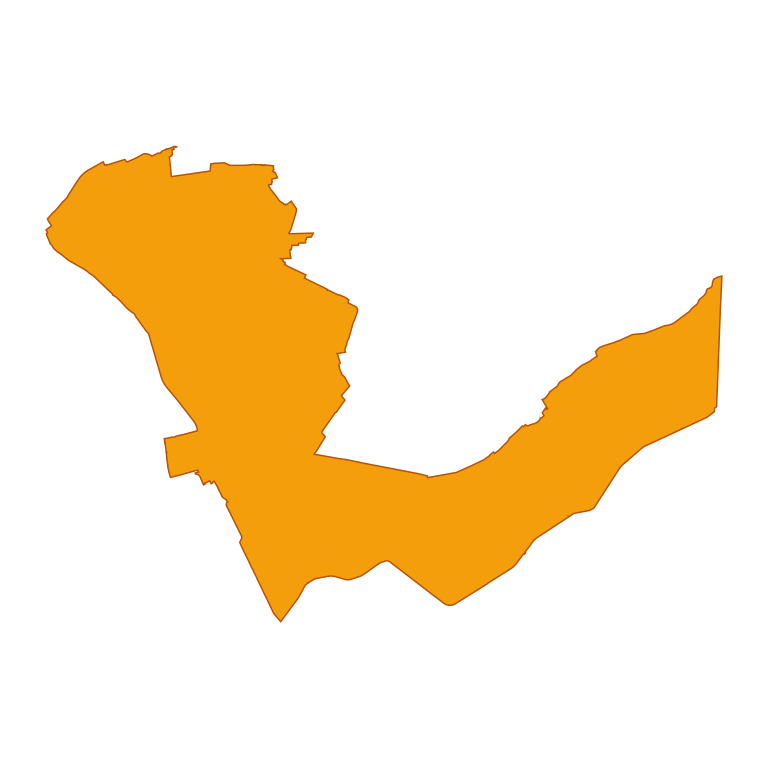 outline of Heerenveen, Friesland, Netherlands
{"feature_id": "6326949B66729090316548", "entity_name": "Heerenveen", "entity_type": "district", "adm_level": 2, "iso_a3": "NLD", "parent_name": "Netherlands", "parent_adm1": "Friesland", "projection": "mercator", "projection_center": [5.979, 52.998], "detail": "fine", "context": "isolated", "style": "filled", "palette": "amber", "viewbox_px": 768, "rotation_deg": 0, "n_neighbors": 0, "source": "geoboundaries", "source_scale": "gbopen_adm2", "svg_char_len": 6019}
<svg xmlns="http://www.w3.org/2000/svg" viewBox="0 0 768 768"><path d="M280.8,621.6L298.3,597.9L305.1,585.6L306.6,584.1L308.4,582.8L308.3,582.7L308.6,582.7L312.3,580.2L314.5,579.1L316.7,578.4L327.8,576.3L330.8,576.0L335.0,576.5L345.7,579.6L348.3,579.8L350.7,579.4L359.8,576.4L361.7,575.6L364.2,574.0L380.0,562.8L386.6,560.7L388.0,560.8L389.8,561.8L431.5,593.9L444.7,603.9L447.0,604.9L449.2,605.3L451.4,605.2L453.5,604.7L455.1,603.9L487.6,583.6L487.7,583.3L510.9,568.6L512.9,567.2L515.6,564.5L523.4,554.1L523.7,554.0L524.2,554.3L524.7,554.1L525.6,552.8L525.5,552.5L525.0,552.2L533.4,541.0L534.9,539.4L536.5,538.0L568.3,517.1L569.2,516.5L569.1,516.4L569.5,516.5L569.8,516.1L573.5,513.7L575.8,513.0L589.4,510.5L591.0,509.8L593.0,508.6L594.1,507.7L595.2,506.1L620.2,467.3L622.4,465.0L642.0,448.0L643.4,447.0L645.4,445.9L680.8,429.5L682.5,428.7L682.4,428.5L682.6,428.5L684.0,428.0L705.9,417.8L709.1,415.8L714.4,411.6L714.5,408.3L716.6,406.6L720.3,310.5L721.9,276.1L718.3,276.9L713.6,279.2L712.7,281.8L712.0,286.0L710.9,287.6L707.3,288.9L706.6,290.2L706.0,292.9L704.4,295.2L699.2,299.8L697.2,304.0L692.0,308.3L689.4,311.5L674.7,322.4L671.9,324.0L668.9,325.1L664.7,325.7L653.5,330.2L644.6,333.4L632.7,334.5L618.7,340.9L618.6,340.7L613.9,342.6L603.8,345.7L599.5,347.5L596.8,350.1L597.0,350.4L595.6,351.6L595.8,352.0L596.1,353.7L597.2,356.1L591.6,359.8L590.3,361.0L582.0,365.3L576.2,369.8L571.0,375.3L560.3,381.7L558.8,383.3L557.3,386.2L549.4,392.1L549.5,392.7L549.1,393.3L546.5,396.7L544.4,398.7L542.2,399.5L547.6,408.8L546.4,409.5L545.6,408.1L545.2,408.5L542.3,412.8L544.0,415.8L540.6,418.7L540.3,418.3L540.3,418.7L538.6,421.2L535.5,423.3L530.0,424.9L527.9,425.9L527.2,425.9L525.4,424.6L523.3,426.8L522.4,426.1L522.2,426.1L516.4,432.0L509.4,438.2L508.4,440.3L507.8,441.1L500.3,448.8L498.4,450.6L494.5,453.5L493.4,452.0L489.5,455.4L489.7,455.7L483.9,459.7L474.0,464.5L456.3,472.5L427.5,477.6L427.4,475.9L417.4,473.5L365.6,463.6L346.9,459.7L338.9,458.6L314.2,454.2L315.3,452.5L316.2,451.5L325.3,436.7L322.0,433.1L321.8,432.6L321.7,432.1L335.1,412.8L335.3,412.6L336.4,412.2L342.3,403.6L343.4,402.3L344.9,400.2L344.7,399.5L343.2,398.1L341.4,395.7L349.7,385.9L347.7,382.9L344.9,377.4L341.8,374.3L341.5,372.9L340.3,370.7L339.6,368.8L339.3,366.5L338.7,364.9L339.3,363.8L340.1,363.3L340.2,363.0L338.5,357.7L338.0,355.2L337.0,353.6L345.5,352.2L345.0,350.7L344.9,349.4L346.1,345.8L346.4,345.6L347.3,341.3L348.3,339.1L348.8,338.5L349.3,336.3L350.5,332.6L351.1,330.0L353.1,323.1L355.1,318.6L357.6,310.8L357.7,310.1L356.7,307.3L348.1,302.8L348.8,299.8L345.4,297.5L339.3,294.9L338.0,294.8L327.5,289.8L327.6,290.2L327.3,290.3L327.1,289.2L304.4,278.1L305.9,274.9L287.7,266.3L284.6,264.4L284.5,264.1L285.3,263.0L285.3,262.6L283.1,261.4L283.1,260.2L282.8,260.0L282.8,259.8L281.0,258.7L290.8,258.4L290.6,256.5L290.2,255.4L290.2,253.6L289.8,251.4L289.8,250.3L289.9,249.9L291.2,249.7L291.2,248.4L291.7,247.9L291.8,245.4L298.5,245.2L298.6,243.4L298.9,243.1L305.5,242.9L305.7,242.1L305.6,240.0L306.2,239.3L306.8,237.3L311.1,237.1L311.6,236.6L313.3,233.1L292.4,233.7L289.7,233.7L288.7,233.4L290.7,229.9L294.5,217.8L296.5,210.5L296.3,210.1L296.4,208.8L291.3,201.2L286.1,204.9L285.5,204.2L284.3,204.6L283.2,203.3L280.8,201.9L279.0,200.3L277.2,197.6L270.6,189.1L269.3,187.0L268.5,185.4L268.7,184.7L270.9,184.6L271.6,184.3L271.7,182.3L272.3,182.0L271.6,179.3L277.6,177.7L275.0,172.3L272.6,171.5L273.7,169.9L273.8,169.4L273.5,169.3L273.4,165.9L264.5,164.8L264.1,165.3L263.8,165.1L263.4,165.4L262.3,165.4L262.4,164.8L255.4,164.7L253.9,164.4L245.7,165.3L230.5,165.4L229.6,165.3L224.6,162.8L213.5,163.4L210.8,163.9L210.1,171.0L171.4,176.6L169.4,156.8L169.9,156.7L171.8,155.7L171.9,155.1L172.4,154.6L172.0,149.9L172.2,149.7L173.6,149.7L174.0,149.2L173.7,147.6L173.8,147.1L174.5,146.7L175.5,147.2L176.6,146.9L176.1,146.6L175.0,146.4L173.6,146.6L171.8,147.6L171.3,147.6L170.7,147.9L170.4,148.4L169.4,148.4L167.2,149.2L166.8,148.9L166.2,149.0L165.8,149.4L165.9,149.7L164.0,150.2L162.4,150.9L162.0,151.6L160.9,152.2L160.9,152.7L160.5,153.1L159.3,153.4L159.2,153.1L158.5,153.0L157.8,153.4L156.9,153.5L156.1,154.2L154.8,154.6L152.1,156.1L151.0,155.3L147.8,154.0L145.1,153.7L143.2,154.1L142.2,154.4L141.2,155.3L134.6,158.7L127.2,161.9L126.6,161.9L126.2,161.6L125.2,159.8L124.5,159.6L107.2,164.9L106.6,165.0L106.3,164.6L104.6,165.1L104.4,164.9L103.7,162.7L103.2,161.8L87.7,170.4L85.3,172.0L82.4,174.6L80.2,177.0L76.9,181.6L67.8,196.0L67.1,197.5L65.4,199.4L62.8,201.8L57.0,208.8L54.9,211.0L52.6,213.0L47.5,218.8L48.1,220.5L51.1,225.2L51.4,226.0L46.1,229.7L46.2,230.2L47.0,231.0L47.0,231.5L47.6,232.7L47.5,233.0L46.5,233.5L46.6,234.7L47.3,236.6L47.7,237.8L48.5,239.1L50.1,243.5L50.3,243.4L52.0,245.6L53.9,248.7L56.3,250.8L57.2,251.8L58.1,252.2L59.4,253.3L61.0,254.2L68.1,260.1L84.6,269.5L87.3,271.4L89.1,273.1L93.2,275.6L108.0,289.8L111.2,292.7L112.4,294.0L112.8,295.1L115.9,296.9L117.0,297.9L120.8,301.5L127.3,308.6L131.4,311.8L133.8,313.5L134.8,314.5L135.5,316.3L145.8,330.5L148.5,333.5L158.4,367.3L161.2,377.1L162.5,380.6L164.5,384.2L167.9,388.8L176.5,399.0L194.1,421.6L195.1,423.3L196.2,425.5L196.9,427.7L197.2,429.2L197.4,430.7L196.2,431.1L182.7,434.7L180.6,435.0L180.0,435.5L179.4,435.4L175.5,436.3L174.9,436.9L173.4,437.2L172.4,437.0L166.5,438.4L164.3,438.6L164.8,442.6L165.0,442.3L166.3,452.0L166.1,452.0L166.2,452.6L166.4,452.6L166.2,452.8L166.4,453.4L166.7,456.8L166.8,458.7L167.8,465.3L167.6,465.3L167.6,465.7L168.9,472.1L170.5,477.4L179.4,475.2L196.7,470.3L197.9,470.4L198.7,471.9L195.3,472.9L195.5,474.0L197.5,474.3L198.5,474.9L199.4,475.7L199.9,476.5L203.6,484.9L205.2,484.0L204.6,483.4L209.7,480.9L211.2,483.7L212.9,482.8L213.0,481.7L214.1,481.2L216.7,485.5L222.2,496.8L223.4,498.0L225.9,499.5L227.2,501.4L227.8,501.9L226.8,502.4L226.2,504.7L226.4,505.6L241.0,535.0L241.7,536.3L241.5,536.8L241.9,537.7L239.8,542.2L239.8,542.6L239.9,542.9L243.4,550.4L250.5,565.0L251.3,567.0L251.9,568.0L256.4,577.1L256.7,578.0L262.1,589.1L264.2,593.7L265.9,597.1L273.3,612.5L273.9,613.6L277.1,617.5L280.8,621.6Z" fill="#f59e0b" stroke="#b45309" stroke-width="1.5"/></svg>